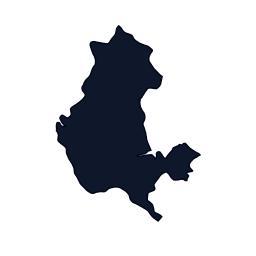 the district of Nghia Lo, Yên Bái, Vietnam, rotated 133°
{"feature_id": "81297802B35519691635120", "entity_name": "Nghia Lo", "entity_type": "district", "adm_level": 2, "iso_a3": "VNM", "parent_name": "Vietnam", "parent_adm1": "Yên Bái", "projection": "equal_earth", "projection_center": [104.497, 21.599], "detail": "fine", "context": "isolated", "style": "filled", "palette": "ink", "viewbox_px": 256, "rotation_deg": 133, "n_neighbors": 0, "source": "geoboundaries", "source_scale": "gbopen_adm2", "svg_char_len": 5273}
<svg xmlns="http://www.w3.org/2000/svg" viewBox="0 0 256 256"><g transform="rotate(133 128 128)"><path d="M90.5,213.4L92.0,213.1L93.1,212.2L95.4,208.3L97.5,204.2L98.5,201.2L100.2,198.3L102.5,196.1L103.9,195.2L104.5,195.0L106.4,195.0L107.9,194.6L109.0,194.3L112.1,192.9L113.9,192.2L114.6,191.7L115.3,191.6L117.5,191.3L122.0,191.5L124.6,190.9L127.2,189.8L129.3,189.5L130.5,188.4L131.6,186.7L131.9,184.7L132.3,182.6L133.1,181.5L134.7,180.9L137.8,180.7L140.0,180.8L143.5,181.3L146.3,181.9L147.7,182.3L148.7,182.6L150.1,182.9L151.5,183.1L152.2,183.1L153.0,183.0L153.7,182.6L154.5,181.5L155.4,180.2L156.2,179.2L157.4,178.4L158.4,178.2L160.0,178.4L160.9,178.6L162.3,179.2L162.5,180.2L163.1,183.5L163.5,184.8L164.2,185.0L164.5,185.1L164.8,185.1L165.3,185.1L165.9,185.0L166.5,184.9L166.8,184.7L167.1,184.4L167.4,184.2L167.7,183.4L168.6,181.1L169.0,180.0L169.2,178.1L169.3,175.9L169.4,174.9L172.2,177.8L171.5,179.8L171.0,181.7L171.7,182.8L172.1,183.3L172.4,183.4L172.6,183.4L172.8,183.4L173.5,182.9L174.7,182.2L175.5,181.5L177.4,179.5L178.9,178.2L178.9,177.6L179.0,177.0L179.2,176.4L179.4,175.9L179.6,175.5L180.2,174.7L180.6,174.0L181.4,173.4L183.1,172.1L184.0,171.6L184.5,171.0L184.7,170.6L185.0,170.1L185.1,169.3L185.0,167.5L185.0,166.5L184.9,165.4L184.7,163.8L184.6,161.9L184.6,160.8L184.7,160.1L184.9,159.5L185.1,159.1L185.4,158.6L186.0,158.0L186.9,157.1L187.4,156.7L187.9,156.1L188.7,154.9L188.9,154.5L189.1,153.9L189.7,152.6L190.0,151.8L190.5,150.7L190.9,149.7L191.4,147.5L191.6,146.9L191.9,145.7L192.2,144.6L192.5,143.7L193.0,142.6L193.6,141.2L194.0,140.4L194.7,139.3L196.0,137.9L196.9,136.9L197.3,136.3L197.7,135.4L198.2,133.2L198.7,131.5L199.2,129.9L199.9,128.2L200.4,126.7L201.0,125.3L201.2,124.1L201.3,123.3L201.3,122.2L201.4,119.0L201.5,117.5L201.6,116.0L201.5,114.6L201.3,113.3L201.0,112.0L200.7,110.8L200.3,109.9L199.9,109.4L199.4,108.9L198.8,108.5L197.4,107.9L196.4,107.3L194.9,106.2L193.7,105.3L192.8,104.4L191.8,103.2L191.0,102.2L190.1,101.6L189.4,101.4L188.9,101.2L187.0,101.1L185.9,101.0L184.6,100.5L183.5,100.0L182.3,99.1L181.0,98.2L179.9,97.3L179.0,96.4L178.2,95.3L177.6,94.4L177.2,93.6L176.7,92.3L176.4,90.7L176.0,88.5L175.8,87.9L175.7,87.0L175.7,85.9L175.7,84.5L175.9,82.8L176.0,82.0L176.3,81.3L176.7,80.6L177.2,79.8L178.0,78.7L178.5,77.6L178.7,77.0L178.8,76.4L178.9,75.7L178.9,74.2L178.9,73.7L178.7,72.9L178.3,72.0L178.0,71.2L177.7,70.0L177.2,68.6L176.7,66.2L176.4,65.2L175.7,62.0L175.3,60.3L175.1,59.6L174.9,57.4L174.9,56.8L174.9,56.2L175.1,55.7L175.3,54.6L175.6,53.2L175.9,51.4L176.1,50.1L176.1,49.5L176.1,48.7L176.0,47.2L175.7,44.9L175.5,42.8L175.4,42.6L172.2,42.7L169.9,42.8L169.8,44.7L170.2,46.4L170.7,48.2L171.2,49.3L171.4,50.1L171.5,50.8L171.5,51.5L171.2,52.3L170.9,52.9L170.0,53.7L169.1,55.0L167.9,57.0L167.4,58.2L167.4,60.0L167.4,61.6L167.6,63.1L167.9,64.3L166.9,65.4L166.0,66.2L164.8,67.1L163.0,68.5L162.1,69.0L161.5,69.1L160.7,69.0L160.4,68.8L159.4,68.3L157.5,67.4L156.2,66.8L155.4,66.6L154.6,66.7L154.3,66.9L153.9,67.2L153.4,68.1L152.7,69.4L152.1,70.2L151.6,70.6L150.9,70.8L147.3,71.3L144.9,71.5L140.7,72.1L139.1,72.0L137.8,71.7L135.8,71.1L134.7,70.6L133.7,69.8L133.7,66.7L134.6,63.1L134.8,60.7L134.7,59.2L133.7,57.9L131.8,56.1L129.7,54.7L128.3,53.4L127.5,51.9L127.3,50.3L126.3,49.2L125.3,50.0L123.3,50.7L122.1,50.9L121.9,51.0L121.6,51.3L121.6,52.3L121.6,53.4L121.4,54.1L121.2,54.5L120.4,54.6L120.1,54.4L119.1,53.9L115.9,51.6L115.6,51.5L115.3,51.6L115.2,52.3L115.0,54.9L114.9,55.9L114.7,56.4L113.0,58.5L110.2,59.2L106.0,59.2L104.2,58.8L102.9,58.1L101.0,57.8L99.4,57.3L98.6,57.0L98.5,57.4L98.5,57.9L98.9,60.0L99.8,63.1L100.3,66.5L100.7,69.0L100.6,70.9L100.4,72.9L100.2,75.5L100.6,76.1L101.5,76.7L102.0,76.8L102.3,76.8L102.9,76.7L103.2,76.7L103.5,76.8L104.1,77.4L104.3,77.9L104.6,78.4L105.0,79.0L105.6,79.2L106.0,79.1L106.2,78.9L111.6,81.3L114.2,80.4L117.6,80.4L119.1,80.3L120.5,80.2L122.1,80.0L124.2,79.6L125.1,80.3L125.3,81.7L124.9,83.8L124.3,85.6L123.9,88.1L124.4,89.3L125.3,89.8L126.0,90.1L127.3,89.7L128.7,88.2L130.3,87.1L131.2,86.9L131.7,87.4L131.4,90.3L131.4,92.3L133.1,94.0L136.2,96.6L139.2,98.9L141.9,101.4L141.6,102.3L140.3,102.2L138.5,100.5L135.3,98.3L133.4,97.7L131.0,97.6L129.7,96.7L128.7,96.1L128.3,96.8L126.7,100.7L125.0,104.4L123.5,107.0L122.1,108.5L121.0,110.1L119.9,111.3L119.2,112.6L116.9,116.4L116.3,118.0L114.5,120.4L113.0,120.9L111.3,121.4L110.0,122.0L108.8,123.0L108.0,123.8L107.1,124.8L106.5,126.0L106.0,127.6L105.6,129.7L104.3,133.0L103.5,134.3L101.2,137.1L99.2,138.3L99.2,138.6L99.3,139.2L97.1,138.9L96.4,138.9L95.9,138.9L94.8,139.3L92.7,139.6L91.1,140.0L87.5,140.5L86.1,140.6L84.8,140.3L83.2,138.8L80.7,135.2L79.9,134.2L78.2,133.7L75.6,133.7L73.5,134.3L70.2,136.3L67.1,138.2L67.2,138.6L67.3,139.4L67.4,140.7L67.4,142.2L67.0,149.6L65.3,156.8L64.6,158.7L62.5,160.7L61.3,161.4L59.1,162.2L57.4,162.6L56.1,162.7L55.1,162.8L54.7,163.1L54.5,163.5L54.4,163.9L54.4,165.5L54.6,168.5L55.2,170.2L56.4,172.7L58.2,177.4L58.6,179.5L59.0,182.0L59.0,182.9L58.9,184.9L58.0,186.9L57.7,188.5L58.0,189.4L58.9,191.7L60.1,194.2L60.4,195.3L60.5,196.9L60.4,198.4L59.7,201.0L59.6,202.5L59.6,203.9L59.7,204.4L61.4,204.4L63.0,204.1L66.4,201.9L68.7,200.9L70.3,200.8L73.5,200.7L78.1,199.9L80.2,200.1L80.5,200.4L80.9,200.9L82.1,202.4L85.8,208.1L87.9,211.6L88.4,212.1L89.0,212.6L90.5,213.4Z" fill="#0f172a" stroke="#020617" stroke-width="1.5"/></g></svg>